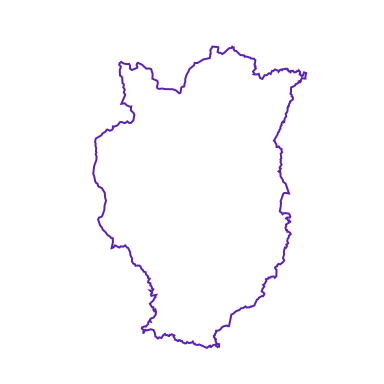 outline of Mandritsara, Sofia, Madagascar, rotated 12°
{"feature_id": "10022922B13687974105922", "entity_name": "Mandritsara", "entity_type": "district", "adm_level": 2, "iso_a3": "MDG", "parent_name": "Madagascar", "parent_adm1": "Sofia", "projection": "robinson", "projection_center": [48.852, -16.049], "detail": "fine", "context": "isolated", "style": "outline", "palette": "violet", "viewbox_px": 384, "rotation_deg": 12, "n_neighbors": 0, "source": "geoboundaries", "source_scale": "gbopen_adm2", "svg_char_len": 5972}
<svg xmlns="http://www.w3.org/2000/svg" viewBox="0 0 384 384"><g transform="rotate(12 192 192)"><path d="M258.1,51.9L255.2,53.1L254.7,54.1L254.0,53.6L252.9,54.2L251.6,56.4L251.0,55.4L247.6,54.9L246.6,56.5L245.1,56.9L244.5,60.2L242.6,59.8L240.7,62.3L238.7,62.7L237.3,66.8L234.8,66.3L232.7,62.5L230.6,63.7L227.8,64.0L228.2,63.1L226.6,61.6L228.8,57.8L227.8,57.0L228.0,55.8L227.1,55.5L226.9,54.2L226.5,53.9L226.8,52.9L226.6,50.0L224.9,48.8L221.8,49.1L220.9,48.5L216.2,48.2L215.4,48.7L214.6,47.6L210.9,48.0L205.9,44.8L204.3,45.0L203.1,43.6L202.7,41.9L201.9,42.2L201.1,41.6L200.8,42.8L198.2,43.8L194.9,48.7L192.9,50.8L191.2,50.0L189.0,50.2L187.9,49.7L187.9,45.7L187.5,44.9L181.8,45.5L180.4,49.4L181.6,52.7L181.1,53.8L181.6,55.1L181.5,57.4L175.8,59.8L170.5,64.7L167.8,65.2L167.6,67.7L163.9,72.3L163.5,75.0L162.4,78.0L161.9,82.8L162.5,85.8L162.2,87.2L162.4,90.0L162.1,90.7L160.5,91.1L159.8,92.2L160.1,96.9L159.8,97.7L158.9,98.1L155.2,96.0L151.8,95.5L143.9,97.0L141.8,96.9L138.2,98.0L136.6,97.7L135.9,96.6L136.0,92.7L135.0,90.5L129.7,89.4L129.0,84.8L126.5,80.3L125.0,80.0L121.7,80.8L116.4,77.8L112.2,76.9L111.6,77.6L111.4,79.4L112.5,80.9L112.5,81.9L107.8,85.2L105.6,84.1L105.1,81.2L103.7,79.8L102.2,80.4L98.9,80.6L95.6,79.5L95.3,80.3L94.4,80.9L94.3,82.6L96.4,84.2L96.0,87.8L97.4,93.1L98.8,93.5L100.0,94.8L101.4,99.9L102.6,100.5L103.2,101.7L103.0,103.9L104.9,105.8L104.6,108.8L106.5,110.8L104.6,120.4L107.8,119.2L110.1,120.8L113.9,121.5L114.8,121.1L115.2,124.9L118.2,126.7L119.5,128.2L119.8,134.2L117.9,137.1L116.1,137.5L114.0,136.4L112.9,137.9L111.6,138.7L109.3,138.2L107.2,138.5L105.3,142.2L102.6,144.1L101.0,144.3L101.4,146.7L100.8,147.9L98.8,149.2L96.3,148.5L95.6,148.8L94.9,150.9L92.3,153.3L91.6,155.3L86.7,159.8L86.8,163.2L87.7,164.7L88.0,167.0L89.1,168.8L89.6,172.3L90.3,173.2L89.9,175.1L91.2,176.8L91.8,180.5L90.9,187.2L91.6,194.8L92.9,196.6L95.2,201.9L96.6,203.2L97.6,203.3L99.2,206.0L102.9,206.9L106.8,210.9L108.3,215.8L109.7,218.3L109.3,223.5L110.0,227.9L109.2,233.8L108.5,235.2L106.4,236.3L105.8,238.3L109.0,243.7L111.4,245.6L112.6,247.5L115.7,249.2L118.5,251.8L120.7,252.4L122.6,253.8L124.1,253.7L125.1,257.4L125.0,263.6L126.8,262.5L127.8,260.2L132.1,261.4L132.7,261.3L133.5,260.0L136.1,259.8L137.7,258.1L140.0,259.8L141.1,260.0L143.8,263.4L145.0,266.8L147.3,269.5L147.6,272.3L149.4,274.2L151.3,274.6L151.9,275.9L155.5,274.9L157.0,275.4L158.6,277.8L160.1,278.4L161.2,280.0L163.2,280.0L164.2,282.2L166.7,283.8L166.7,285.1L168.7,285.7L167.8,287.6L167.8,289.5L170.4,290.0L170.6,292.1L171.6,292.3L172.6,293.6L172.8,294.5L174.4,295.2L173.8,296.8L171.5,297.1L173.9,298.5L173.9,299.3L173.1,300.5L173.8,302.0L178.3,300.1L177.7,301.7L178.2,302.3L177.1,304.1L176.9,306.0L174.0,310.0L176.8,312.9L178.2,312.8L178.7,313.8L178.5,314.9L179.8,316.4L180.7,314.8L181.7,316.7L182.0,319.5L180.5,322.9L178.7,323.8L177.5,325.2L177.5,326.1L178.6,327.5L176.8,327.4L176.3,328.6L176.6,330.1L174.8,333.3L173.8,333.2L171.3,334.8L171.3,336.0L173.4,337.1L173.7,340.7L175.0,336.5L176.5,336.8L180.0,334.9L183.0,335.0L185.1,337.8L186.1,340.7L189.2,342.4L190.1,341.0L192.5,341.1L193.5,338.4L195.1,336.4L196.2,337.5L197.4,337.1L199.2,337.8L199.6,337.6L199.8,336.3L200.6,336.4L201.9,335.4L204.5,336.0L203.9,337.1L205.3,338.5L206.1,340.0L207.6,340.0L209.0,340.8L209.7,340.6L210.1,339.5L211.3,339.5L211.9,340.2L213.2,339.9L214.1,341.0L216.8,341.6L217.8,341.1L218.3,339.8L220.7,340.4L223.3,339.1L223.9,338.1L225.5,340.1L226.5,339.9L227.1,340.6L229.5,340.4L230.7,339.6L239.0,341.4L241.2,338.8L241.6,338.6L242.0,339.6L242.8,339.7L244.2,337.7L246.4,336.4L247.3,336.3L247.5,337.5L249.4,338.3L249.8,337.5L250.5,337.6L250.2,335.2L247.9,335.3L246.0,332.9L246.1,331.5L245.4,331.3L245.6,330.7L243.6,329.5L243.3,327.9L244.1,327.6L244.1,325.6L244.8,324.4L244.4,322.8L246.9,321.9L248.4,320.4L249.6,317.8L251.1,316.7L253.8,315.4L255.0,315.8L256.1,315.5L256.0,303.7L257.6,302.5L259.9,299.4L263.0,297.5L264.0,295.6L266.1,294.9L268.2,292.8L269.4,293.6L272.2,292.9L273.4,291.7L273.9,291.9L276.5,290.1L277.9,283.8L279.0,282.8L279.5,281.3L282.2,279.2L283.2,279.2L283.7,278.0L283.9,276.2L280.8,274.6L281.2,271.9L282.4,269.4L280.9,268.1L282.0,267.0L283.2,263.6L282.4,261.9L284.8,260.8L284.7,259.7L286.4,259.5L287.2,258.3L289.5,257.6L290.8,258.7L292.0,256.7L290.8,250.5L289.6,249.8L288.9,248.5L289.9,247.3L290.8,246.9L290.6,245.9L291.5,244.3L293.2,244.5L295.6,241.7L296.4,239.7L294.8,237.8L295.0,233.3L294.3,231.8L294.4,227.0L295.7,226.9L296.1,225.0L295.2,223.9L296.7,222.2L295.3,220.1L295.3,217.9L296.0,216.6L295.9,214.5L297.3,212.9L296.8,211.9L295.0,210.8L293.5,211.1L293.0,209.6L292.0,209.7L290.9,207.8L291.2,205.5L290.7,204.3L294.3,200.7L293.1,199.6L292.4,200.3L290.5,198.4L289.5,198.3L289.8,197.4L293.1,196.6L293.3,195.7L292.3,194.0L291.2,193.0L287.5,193.3L286.2,193.7L285.2,194.9L283.9,193.5L282.7,193.3L281.8,192.4L281.9,189.2L281.3,183.8L280.6,183.1L281.6,175.0L282.3,173.9L283.3,173.5L287.2,173.3L281.9,164.4L279.1,163.1L278.2,161.2L275.3,158.2L274.6,155.0L272.4,153.8L273.2,152.7L273.8,152.7L273.5,151.2L273.9,150.5L272.7,150.1L272.7,149.6L273.9,146.6L272.3,144.1L272.4,142.6L271.8,141.8L272.3,140.1L270.8,136.2L271.9,134.3L270.9,132.8L270.7,131.4L269.1,131.0L267.3,129.4L266.3,130.3L265.4,130.4L264.6,127.7L263.0,126.3L262.6,125.2L261.4,124.8L263.7,118.0L263.7,116.0L264.8,114.6L264.5,113.3L265.4,111.5L264.9,110.0L265.8,108.0L265.3,107.1L265.8,104.9L266.3,104.2L267.2,104.9L267.6,104.6L267.4,100.6L268.5,98.6L267.4,95.9L268.5,93.9L268.4,91.3L267.9,89.8L268.5,89.0L268.1,88.2L268.9,87.4L268.7,85.4L269.4,84.1L269.0,83.1L271.4,80.6L271.0,78.4L269.5,77.7L269.5,76.4L267.9,75.4L268.0,73.4L267.2,69.1L269.7,67.4L270.9,66.0L271.0,64.9L272.8,63.8L273.5,62.3L274.9,62.3L275.3,61.2L274.3,61.0L275.2,60.4L275.7,57.9L279.4,57.5L278.9,55.1L279.0,52.0L276.7,51.7L276.3,55.1L275.4,55.8L274.1,55.3L273.9,54.6L272.9,54.6L273.0,52.4L271.2,50.8L270.9,51.7L269.8,51.6L268.8,53.1L267.1,53.7L265.7,52.5L265.0,52.6L263.4,54.3L263.1,53.2L261.4,53.9L259.8,51.7L258.9,52.4L258.1,51.9Z" fill="none" stroke="#5b21b6" stroke-width="2"/></g></svg>